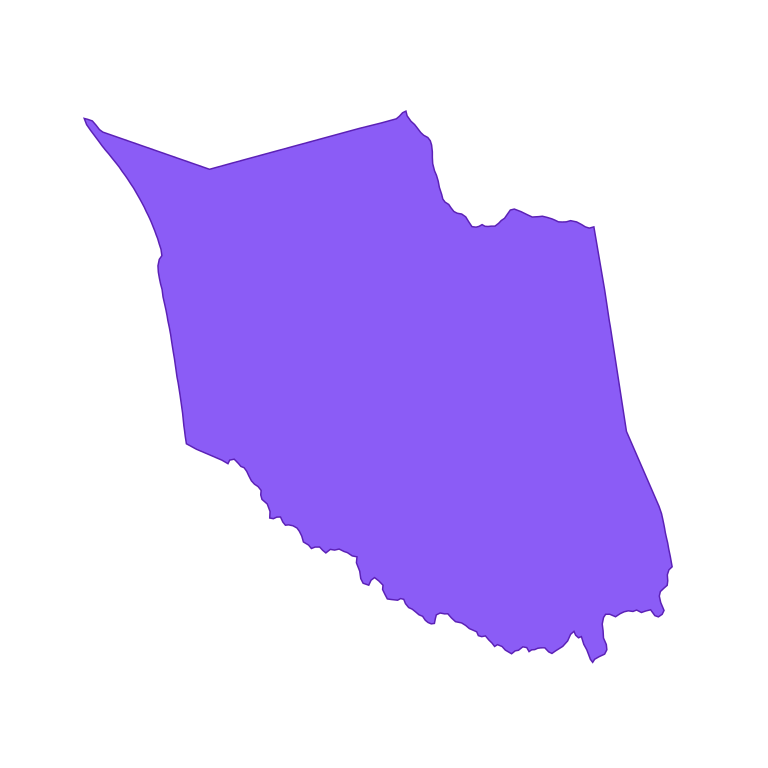 the district of Alcobaça, Bahia, Brazil, rotated 172°
{"feature_id": "56859067B73334653800996", "entity_name": "Alcobaça", "entity_type": "district", "adm_level": 2, "iso_a3": "BRA", "parent_name": "Brazil", "parent_adm1": "Bahia", "projection": "equal_earth", "projection_center": [-39.394, -17.469], "detail": "fine", "context": "isolated", "style": "filled", "palette": "violet", "viewbox_px": 768, "rotation_deg": 172, "n_neighbors": 0, "source": "geoboundaries", "source_scale": "gbopen_adm2", "svg_char_len": 3731}
<svg xmlns="http://www.w3.org/2000/svg" viewBox="0 0 768 768"><g transform="rotate(172 384 384)"><path d="M588.0,352.3L578.7,345.4L555.2,331.2L549.6,326.8L547.4,330.1L542.8,330.4L539.2,325.5L537.2,322.3L534.2,320.6L532.1,316.6L530.6,311.7L528.8,306.6L526.2,302.8L523.0,300.0L520.5,295.7L521.5,291.3L520.9,286.7L516.3,281.4L514.6,273.6L515.8,267.2L512.3,266.0L508.7,267.1L505.0,266.7L503.4,261.4L501.3,257.9L498.1,257.8L493.9,256.3L490.2,253.5L488.3,249.9L486.6,244.8L485.8,238.8L481.1,235.0L478.8,231.2L475.0,232.1L470.4,231.5L467.9,227.9L465.1,224.8L460.2,227.7L456.0,226.4L451.4,226.8L446.9,223.7L443.7,222.1L439.4,218.2L434.8,216.6L436.2,210.8L434.1,202.0L434.1,194.5L432.4,189.6L427.1,186.9L424.1,191.5L420.3,193.6L416.6,189.8L413.0,184.9L414.0,180.7L412.2,175.1L410.6,170.7L406.9,169.6L400.6,168.0L397.4,169.2L394.4,168.0L393.3,163.5L390.7,159.2L387.3,157.0L384.5,154.0L381.5,150.6L378.1,148.6L376.0,144.3L373.6,141.7L370.6,139.9L367.4,139.9L365.8,144.5L364.3,148.1L360.3,149.4L355.9,147.9L352.8,147.6L349.8,143.0L346.3,138.7L340.4,136.6L336.7,133.5L333.5,129.9L329.9,127.7L326.7,125.7L325.6,121.7L322.4,120.2L318.6,120.4L315.8,115.9L313.1,112.4L311.0,108.7L307.9,110.1L303.6,107.6L300.9,103.6L295.2,99.1L291.2,101.5L287.9,101.6L283.1,104.4L279.3,103.1L277.6,98.8L274.8,100.2L271.7,100.0L268.6,100.9L265.3,100.9L261.5,100.4L258.2,95.8L255.2,93.8L251.3,95.8L243.5,99.3L237.9,104.0L234.1,110.1L230.3,112.6L229.2,108.6L226.7,105.6L223.7,106.4L222.4,98.4L220.2,92.6L219.1,87.8L217.9,82.5L216.1,79.3L213.7,82.1L209.0,84.0L203.1,85.8L200.3,89.8L200.1,95.1L202.0,101.9L201.4,109.0L201.3,115.9L199.1,122.2L196.6,125.1L192.5,124.6L187.1,121.3L182.1,123.7L177.9,125.0L173.7,125.4L169.1,124.1L165.3,125.0L160.9,121.9L156.4,122.8L151.4,123.3L148.0,116.9L144.7,115.2L140.6,117.2L138.2,120.8L140.4,129.1L140.9,135.7L139.2,140.0L135.0,143.0L131.6,145.2L130.4,149.6L130.0,155.6L127.7,160.3L124.1,162.9L124.3,168.0L124.5,173.4L125.0,180.9L125.2,187.1L125.7,192.5L126.1,197.6L126.2,201.7L126.4,205.8L126.8,211.8L127.2,216.9L128.7,224.6L150.5,303.3L151.9,409.3L152.1,415.4L152.3,437.4L152.4,446.5L154.3,510.4L159.0,509.8L162.8,511.6L166.0,514.3L170.7,517.7L176.5,519.8L181.0,519.2L184.9,519.6L188.7,520.3L191.8,522.4L194.6,524.1L199.3,526.3L203.8,528.1L207.4,528.2L213.9,528.7L218.4,531.6L224.3,535.6L230.6,539.1L234.7,538.7L237.8,535.4L241.6,531.3L245.1,529.6L248.1,527.2L252.1,524.9L255.8,525.4L259.0,525.5L262.0,526.1L264.7,528.2L267.9,526.9L271.0,526.5L275.0,527.6L277.6,533.0L279.8,538.1L283.4,541.5L287.7,542.9L290.8,545.1L293.1,549.1L294.9,552.8L298.2,555.6L300.0,558.9L300.5,563.7L301.8,571.0L302.1,577.4L303.0,583.4L304.3,588.1L305.1,595.4L304.6,601.4L303.8,607.2L303.6,614.0L304.3,618.4L306.3,622.0L310.1,624.8L312.6,627.9L314.9,632.0L317.6,636.7L320.7,640.4L323.8,646.4L324.3,651.2L327.9,650.0L331.5,647.0L334.9,644.9L350.3,642.9L372.4,640.6L502.3,624.1L526.9,620.9L627.4,672.6L630.4,675.6L633.2,680.5L636.2,685.1L640.5,687.3L643.9,688.7L642.4,682.2L639.1,675.7L636.0,670.1L632.7,664.1L630.1,659.2L627.4,654.6L624.5,650.1L621.4,644.8L618.4,639.8L616.0,635.7L613.7,631.0L611.1,626.2L609.4,622.8L607.0,617.6L604.7,612.9L602.5,607.4L600.1,601.4L598.4,596.9L596.8,592.5L595.5,588.1L594.2,584.3L593.0,580.5L591.9,576.6L590.7,571.7L589.7,567.7L588.9,563.7L587.9,559.5L587.1,554.0L586.1,548.4L586.1,542.0L589.2,538.7L591.4,532.5L591.9,526.2L591.7,519.8L591.3,513.9L590.6,508.5L590.7,501.0L590.1,493.7L589.6,487.3L589.3,481.5L589.2,476.8L588.7,469.5L588.4,462.3L588.4,457.4L588.3,450.2L588.2,444.7L588.0,438.1L588.0,433.7L588.0,427.3L588.0,419.5L587.7,413.7L587.6,408.1L587.5,401.5L587.5,394.9L587.5,388.8L587.5,383.3L587.8,375.6L588.0,370.4L588.0,366.0L588.1,359.8L588.0,352.3Z" fill="#8b5cf6" stroke="#5b21b6" stroke-width="1.5"/></g></svg>